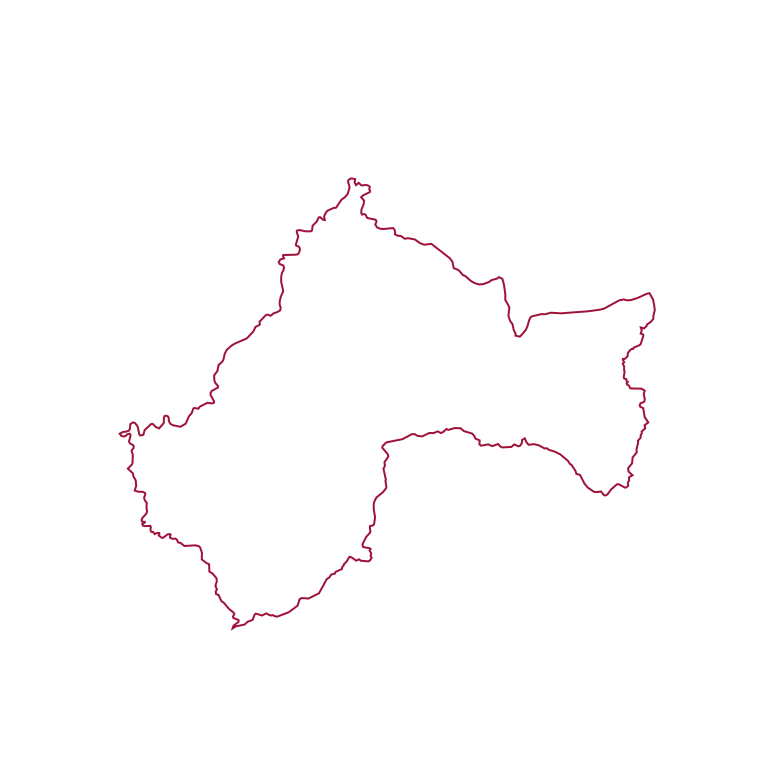 Muzo, Boyacá, Colombia, rotated 244°
{"feature_id": "7082276B18925314356411", "entity_name": "Muzo", "entity_type": "district", "adm_level": 2, "iso_a3": "COL", "parent_name": "Colombia", "parent_adm1": "Boyacá", "projection": "mercator", "projection_center": [-74.135, 5.519], "detail": "fine", "context": "isolated", "style": "outline", "palette": "rose", "viewbox_px": 768, "rotation_deg": 244, "n_neighbors": 0, "source": "geoboundaries", "source_scale": "gbopen_adm2", "svg_char_len": 6166}
<svg xmlns="http://www.w3.org/2000/svg" viewBox="0 0 768 768"><g transform="rotate(244 384 384)"><path d="M583.2,442.4L582.4,440.9L581.2,440.2L577.3,439.7L575.0,438.7L570.7,434.5L569.2,431.3L568.2,426.3L563.5,418.3L564.4,415.3L564.5,408.9L562.6,405.5L560.7,403.6L557.3,402.6L558.0,401.5L562.1,399.6L562.3,398.2L559.5,394.8L557.5,389.2L553.5,386.6L553.3,385.2L555.4,380.8L559.1,375.9L560.0,373.9L559.9,372.8L558.6,372.1L554.2,371.6L547.8,365.8L546.8,365.8L544.7,367.7L543.2,367.8L541.3,367.2L539.1,364.9L538.4,363.2L539.1,360.9L544.1,350.0L543.5,349.4L540.7,349.2L541.4,345.5L539.8,342.8L537.5,342.9L534.8,345.4L532.5,345.2L530.3,343.4L528.3,340.7L525.4,338.6L520.9,336.4L512.6,334.4L511.0,333.5L507.9,329.7L504.0,326.5L501.3,325.1L497.7,324.5L495.7,323.0L495.4,319.2L496.0,316.1L495.0,312.1L497.5,309.6L497.7,308.0L494.5,299.4L492.2,298.7L491.7,297.9L491.6,293.4L488.6,289.8L485.1,280.7L485.7,267.6L485.3,263.5L483.6,257.5L480.8,253.9L476.2,250.3L474.8,248.1L473.7,243.8L468.7,239.9L466.1,235.0L461.5,233.1L459.4,232.8L454.7,233.9L453.6,233.2L453.3,226.2L451.7,223.9L450.2,223.3L443.2,223.7L441.7,223.0L442.0,220.7L444.5,217.1L444.4,208.6L443.2,206.3L445.6,203.0L445.6,202.0L441.9,198.1L440.6,194.7L435.3,188.4L434.8,182.3L439.2,176.5L441.6,174.6L445.0,174.4L448.1,175.7L449.6,175.6L450.9,174.5L451.4,172.7L450.2,171.4L445.4,168.9L442.7,162.4L445.3,160.1L449.5,158.6L450.1,157.2L447.5,148.7L443.8,145.4L444.6,142.3L446.1,142.0L453.0,143.8L455.0,143.8L458.0,143.1L459.5,141.7L459.1,138.4L454.8,135.7L453.9,134.1L454.3,131.0L455.3,128.7L455.2,124.6L452.2,125.4L450.8,127.3L450.5,128.8L451.3,131.1L451.0,133.3L450.3,134.0L448.6,133.5L444.2,129.6L442.0,129.6L439.0,131.7L437.8,131.8L436.1,130.7L435.3,128.6L434.3,127.7L430.5,127.2L423.3,123.4L422.2,122.3L420.2,116.7L413.9,119.1L410.6,118.3L406.3,118.6L401.1,116.6L397.5,113.2L394.9,115.9L392.9,119.9L390.7,121.5L389.6,121.2L386.8,118.4L384.1,118.0L381.0,118.7L378.5,117.0L373.0,115.0L371.6,113.4L369.7,108.4L368.0,106.4L366.3,106.3L365.0,108.6L364.3,108.3L364.2,105.5L363.6,105.2L362.3,105.3L361.3,106.4L358.9,111.8L357.7,111.7L355.2,110.1L353.2,110.0L352.2,111.6L349.6,112.1L349.6,114.9L348.6,116.6L347.2,116.1L346.6,115.1L343.3,116.8L342.6,117.9L343.7,123.5L342.8,126.0L342.2,126.2L340.1,124.4L339.2,124.5L337.3,126.4L336.8,128.3L336.0,129.0L334.9,129.6L331.8,129.5L330.5,131.4L325.9,133.6L321.7,143.7L319.4,146.5L317.8,147.1L312.1,146.4L306.2,143.3L301.0,145.9L298.7,147.8L291.9,144.8L288.9,146.8L282.8,148.3L279.9,147.2L276.5,144.0L272.5,143.7L271.2,141.8L268.9,140.9L266.9,142.8L259.9,142.7L257.9,144.0L249.9,146.1L244.0,148.7L242.9,148.7L241.3,146.4L239.9,146.0L235.5,149.8L233.9,148.9L232.8,142.9L230.7,140.8L231.1,144.7L228.9,153.3L230.1,157.3L229.5,162.4L233.4,166.6L233.8,168.2L229.4,172.9L229.5,177.5L226.4,179.9L225.3,181.3L225.2,182.5L222.7,184.5L221.7,186.2L220.6,198.5L222.7,209.2L227.7,214.0L227.6,216.4L224.3,222.0L224.4,233.8L233.8,247.1L234.1,250.1L235.9,253.0L235.1,256.7L236.3,258.0L236.2,265.1L237.8,266.2L238.5,268.1L239.6,269.0L240.6,272.1L243.8,277.2L242.5,278.8L237.4,281.6L237.4,284.7L235.3,285.7L231.6,291.9L231.5,293.8L233.3,296.8L235.3,296.5L237.4,298.3L240.5,298.0L241.5,299.6L242.5,299.3L246.6,293.8L249.3,294.3L254.3,300.9L256.8,306.8L262.2,308.8L262.5,309.4L261.7,311.8L262.2,313.5L268.0,317.5L275.9,319.9L280.4,322.0L282.5,323.7L285.3,327.4L287.1,335.3L289.3,340.0L290.4,341.0L296.2,342.8L297.1,343.7L308.1,346.4L310.2,349.1L313.5,350.1L316.9,356.1L319.4,356.6L327.5,354.5L328.9,355.6L330.5,360.5L326.3,376.5L326.7,386.9L325.5,389.6L322.7,391.4L320.2,395.2L320.1,403.3L318.1,407.1L317.9,411.5L315.0,413.6L314.9,416.0L316.2,420.4L314.6,421.5L313.4,428.3L310.7,433.4L306.6,435.2L300.9,441.4L298.4,442.3L294.8,442.3L291.4,445.2L287.8,443.3L286.0,444.2L284.0,451.3L280.7,454.1L280.0,460.3L276.5,461.3L275.1,462.6L271.6,470.9L272.6,474.5L269.0,477.6L268.9,479.3L270.2,481.7L273.2,483.7L273.4,486.7L269.1,486.5L266.0,487.3L264.3,492.2L261.1,496.2L255.8,500.0L254.7,502.3L252.5,503.4L248.8,507.4L243.6,511.5L234.2,515.7L230.9,516.0L229.1,517.1L221.9,518.0L218.8,517.5L216.9,519.9L215.7,520.4L206.8,520.5L201.5,521.8L195.2,525.3L193.6,527.8L192.3,531.9L187.7,533.0L186.7,534.2L186.8,536.4L189.7,542.0L191.7,549.4L191.1,551.0L185.2,555.2L184.8,556.7L185.6,559.0L188.3,559.8L189.9,562.0L192.8,563.5L193.0,567.4L198.2,565.4L201.3,566.5L203.9,572.1L209.0,575.3L211.8,581.2L214.4,582.2L220.0,586.8L221.7,587.4L223.3,591.2L225.3,592.1L226.5,594.0L228.3,594.7L229.7,599.4L232.7,600.1L233.6,604.7L239.9,603.8L248.7,606.4L251.1,604.4L252.7,604.4L254.3,606.2L253.9,609.4L254.4,610.5L256.3,611.9L261.3,613.1L263.6,615.4L266.8,613.6L272.1,603.4L275.1,603.4L277.3,602.2L278.3,602.4L279.0,604.1L280.5,603.3L282.1,603.9L283.7,602.3L285.2,602.5L289.6,605.7L291.0,605.8L294.4,607.5L297.6,607.5L298.3,609.5L301.2,609.2L301.8,609.8L301.0,611.6L302.2,615.1L304.9,616.7L306.7,620.3L306.9,622.0L306.3,623.4L307.2,624.2L306.9,630.6L307.4,632.3L313.8,638.4L315.1,638.5L316.8,636.8L319.2,639.2L322.2,639.6L320.0,642.0L320.9,645.2L322.2,646.6L322.8,650.9L324.4,654.5L327.6,656.3L331.7,659.8L336.5,661.4L341.9,662.8L349.2,662.5L349.9,659.6L350.2,649.5L351.2,642.7L352.5,639.3L354.9,636.5L356.1,631.9L355.3,615.4L355.9,611.6L359.6,600.1L369.9,574.1L374.9,565.3L376.1,559.4L377.9,555.9L379.9,546.8L379.9,545.4L378.1,542.8L373.3,538.5L370.4,535.1L368.3,530.4L367.0,526.9L369.8,523.4L371.6,524.3L375.8,524.3L381.4,525.7L385.3,525.0L390.7,525.7L398.0,530.3L406.6,529.9L411.2,532.3L420.4,535.3L426.6,536.5L429.7,534.1L429.2,531.6L430.2,526.3L429.7,523.1L430.2,517.4L431.5,513.5L434.7,509.9L438.6,507.2L445.4,504.4L447.2,502.7L453.6,501.0L457.6,497.5L464.0,499.1L468.2,498.3L489.2,488.0L491.6,481.1L494.8,478.1L500.3,475.2L504.5,469.6L505.4,466.4L509.7,464.0L511.7,460.8L513.9,459.5L515.5,460.6L518.2,461.1L520.2,460.5L523.6,451.2L525.2,448.7L527.8,446.4L531.3,446.1L533.2,448.5L535.3,448.5L540.5,441.8L544.4,441.6L545.5,440.6L545.9,438.5L547.6,438.5L550.7,440.2L554.3,444.3L557.5,446.5L561.9,445.3L562.7,447.8L562.7,455.4L563.6,456.2L565.6,456.1L567.2,457.6L568.5,457.4L570.6,455.4L572.4,450.8L575.9,449.4L575.0,446.0L578.2,446.0L580.7,447.9L583.0,445.1L583.2,442.4Z" fill="none" stroke="#9f1239" stroke-width="2"/></g></svg>